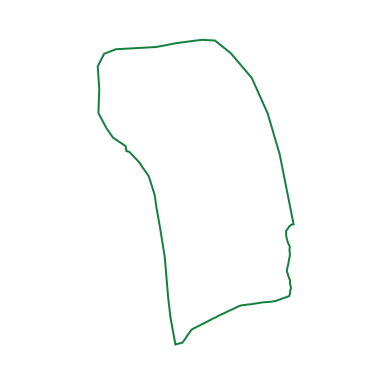 the district of Union Terrace, Gros Islet, Saint Lucia, rotated 99°
{"feature_id": "8701671B11506413614658", "entity_name": "Union Terrace", "entity_type": "district", "adm_level": 2, "iso_a3": "LCA", "parent_name": "Saint Lucia", "parent_adm1": "Gros Islet", "projection": "albers", "projection_center": [-60.956, 14.027], "detail": "fine", "context": "isolated", "style": "outline", "palette": "green", "viewbox_px": 384, "rotation_deg": 99, "n_neighbors": 0, "source": "geoboundaries", "source_scale": "gbopen_adm2", "svg_char_len": 1157}
<svg xmlns="http://www.w3.org/2000/svg" viewBox="0 0 384 384"><g transform="rotate(99 192 192)"><path d="M345.2,184.6L344.3,182.6L343.2,180.0L342.4,178.0L341.1,177.2L338.9,176.1L334.1,174.0L331.1,172.4L328.3,171.1L326.5,169.0L318.3,157.6L313.7,151.5L312.1,148.9L309.9,146.3L307.5,142.6L305.9,140.2L304.1,137.7L299.6,130.9L297.6,128.2L296.2,125.5L295.3,122.1L294.3,119.0L293.7,116.2L292.5,112.8L291.6,109.9L290.0,105.1L289.3,102.2L288.5,98.7L287.9,96.3L286.3,91.9L284.7,88.9L283.1,86.2L281.5,83.1L279.5,79.7L278.7,79.6L277.4,79.3L274.2,79.6L271.3,79.2L266.5,81.1L264.0,81.3L261.2,83.0L255.4,85.9L253.9,86.0L250.8,85.9L247.8,85.6L244.6,85.6L239.9,85.4L237.2,85.8L233.7,86.7L230.6,86.9L226.9,89.4L223.8,90.8L221.4,91.9L215.8,93.0L213.8,91.9L210.7,90.5L208.7,88.7L208.0,86.6L140.8,111.4L102.5,129.6L70.0,150.8L48.7,175.6L38.8,193.1L40.2,206.3L47.3,230.4L54.4,250.1L62.9,289.5L69.2,300.4L82.7,304.8L104.7,299.7L128.7,296.8L142.2,286.6L150.7,278.5L157.1,264.7L161.8,263.2L162.2,260.1L170.7,249.1L183.2,237.2L200.5,228.5L212.5,224.8L235.2,217.0L260.6,208.7L299.8,199.1L319.4,193.6L341.6,185.8L345.2,184.6Z" fill="none" stroke="#15803d" stroke-width="2"/></g></svg>